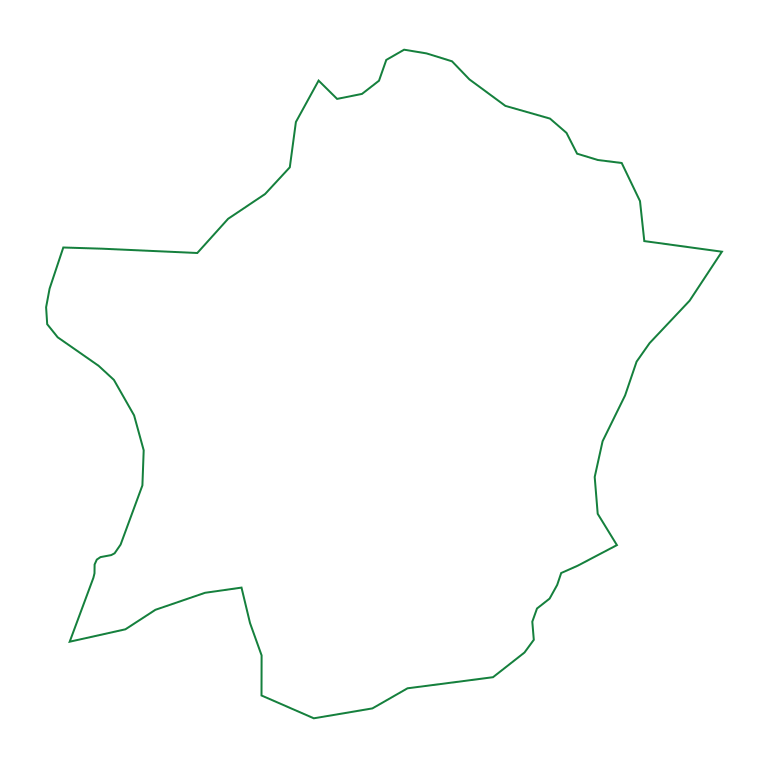 the County of Arua
{"feature_id": "UGA-3080", "entity_name": "Arua", "entity_type": "County", "adm_level": 1, "iso_a3": "UGA", "parent_name": "Uganda", "parent_adm1": "", "projection": "albers", "projection_center": [31.087, 2.968], "detail": "fine", "context": "isolated", "style": "outline", "palette": "green", "viewbox_px": 768, "rotation_deg": 0, "n_neighbors": 0, "source": "natural_earth", "source_scale": "10m", "svg_char_len": 958}
<svg xmlns="http://www.w3.org/2000/svg" viewBox="0 0 768 768"><path d="M69.7,641.7L93.4,577.8L94.5,573.3L94.6,564.5L96.8,559.6L100.5,557.1L111.2,555.1L114.6,553.3L120.6,544.6L142.4,485.4L143.7,450.3L134.1,415.4L113.9,379.9L98.6,365.8L57.7,337.3L47.2,324.2L46.1,307.3L49.6,288.6L63.3,247.5L102.2,248.7L197.3,253.0L228.1,218.8L265.1,194.0L289.8,167.3L295.9,122.0L318.6,80.6L337.1,98.9L362.0,93.9L379.0,80.7L386.3,59.9L404.1,49.7L426.5,53.4L452.0,61.3L469.4,79.4L505.4,105.9L550.0,118.6L566.5,132.9L577.1,153.7L597.8,160.0L621.7,163.0L640.0,201.1L644.3,241.1L721.9,251.7L689.6,300.7L649.6,343.1L636.6,361.6L625.1,395.4L602.6,441.2L594.7,477.0L597.7,513.8L616.9,545.1L577.7,565.7L561.2,573.0L557.2,584.9L549.6,598.6L537.0,608.5L532.3,621.7L533.8,639.8L524.5,652.5L493.0,677.2L407.5,688.3L372.4,708.4L313.8,718.3L261.5,695.5L261.6,655.4L250.0,623.0L241.5,587.6L205.0,592.8L155.4,609.8L125.4,629.3L69.7,641.7Z" fill="none" stroke="#15803d" stroke-width="2"/></svg>